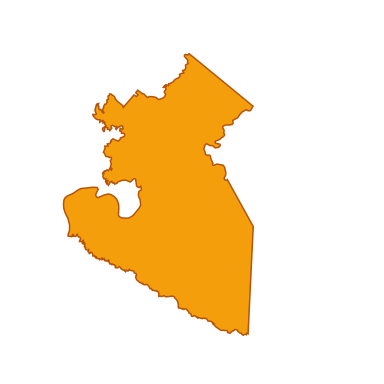 the district of Jesús Carranza, Veracruz, Mexico, rotated 216°
{"feature_id": "50627088B88561076881356", "entity_name": "Jesús Carranza", "entity_type": "district", "adm_level": 2, "iso_a3": "MEX", "parent_name": "Mexico", "parent_adm1": "Veracruz", "projection": "natural_earth1", "projection_center": [-94.861, 17.388], "detail": "fine", "context": "isolated", "style": "filled", "palette": "amber", "viewbox_px": 384, "rotation_deg": 216, "n_neighbors": 0, "source": "geoboundaries", "source_scale": "gbopen_adm2", "svg_char_len": 5958}
<svg xmlns="http://www.w3.org/2000/svg" viewBox="0 0 384 384"><g transform="rotate(216 192 192)"><path d="M275.6,302.2L275.9,300.4L278.2,299.3L278.6,298.2L277.8,297.2L273.0,296.2L271.9,294.3L270.8,293.9L270.6,293.5L271.8,291.5L271.7,290.6L270.0,288.8L269.6,287.0L269.9,285.9L271.1,285.0L271.0,284.5L268.9,283.8L268.5,283.3L270.2,281.8L271.1,280.2L271.1,279.5L269.7,279.0L270.2,275.9L271.0,275.1L272.1,272.0L271.9,270.4L273.5,266.7L274.4,266.3L274.5,265.6L273.8,265.1L273.5,264.2L275.6,263.7L274.8,262.2L275.3,261.5L276.4,262.8L276.7,262.2L276.7,259.8L275.3,260.8L274.0,260.4L273.5,259.8L273.3,256.6L270.7,255.5L270.2,253.1L270.7,251.0L273.1,247.4L274.0,247.1L276.4,247.4L279.7,246.1L282.6,244.2L283.7,242.2L288.6,243.0L289.3,242.5L295.8,242.4L295.9,239.2L292.8,238.9L292.7,238.2L293.2,236.5L296.0,236.4L297.3,220.0L298.9,221.2L306.0,221.6L308.8,222.3L310.9,223.6L315.2,223.6L316.3,222.9L315.7,222.0L316.3,220.1L314.1,217.8L314.9,216.6L314.7,215.7L313.7,215.4L313.2,212.5L314.2,211.7L313.7,208.9L312.9,208.1L313.1,207.3L312.1,205.3L310.0,204.6L309.9,203.9L311.0,203.7L314.5,205.2L314.9,204.4L316.1,204.4L317.8,206.6L318.9,206.3L319.6,208.7L320.8,206.9L318.6,201.1L315.2,198.8L316.0,197.5L317.8,196.7L317.8,196.3L316.3,195.4L312.2,194.6L310.5,195.2L308.9,196.4L307.6,194.2L306.4,197.3L306.1,197.5L304.6,195.5L304.0,197.1L303.6,197.3L302.5,195.6L300.4,195.0L301.8,191.2L301.4,190.2L299.0,189.1L298.6,189.4L298.8,190.1L300.5,193.1L298.1,194.4L297.3,193.0L295.5,194.1L294.5,193.4L294.4,196.6L295.6,196.8L296.3,198.3L295.4,199.3L292.8,199.4L291.6,200.7L291.0,200.0L290.9,198.1L290.1,198.0L289.8,201.4L287.9,204.4L286.6,204.3L284.9,202.8L285.2,201.8L287.6,201.4L286.4,198.9L284.5,199.6L283.7,198.1L281.5,199.4L280.5,199.2L279.4,197.3L281.7,193.6L281.1,192.7L281.7,189.7L287.3,188.5L287.8,186.2L287.7,185.3L286.9,185.3L287.1,182.9L288.8,181.1L287.0,179.9L289.5,177.8L288.0,176.3L287.0,172.0L285.8,171.9L282.5,170.1L280.1,171.6L279.2,171.2L277.8,172.5L277.2,172.3L276.6,171.6L276.4,169.1L273.7,167.1L272.7,164.1L270.4,163.8L270.0,162.3L272.4,162.7L272.3,160.1L273.7,160.0L273.6,159.4L274.3,158.7L274.2,157.9L275.1,157.7L275.4,157.1L274.5,155.7L275.1,155.8L275.5,155.1L274.8,154.8L274.8,154.0L273.9,153.6L272.8,151.6L271.1,151.5L271.0,151.0L269.6,152.0L269.4,151.2L268.2,151.0L268.1,149.6L267.4,149.3L266.9,150.5L267.4,150.7L267.2,151.8L266.6,151.7L266.7,149.7L265.9,149.6L266.1,148.7L265.0,148.3L264.8,149.0L263.6,148.5L263.8,151.2L264.3,151.8L263.0,153.4L262.4,152.7L261.1,152.8L261.1,153.5L260.4,153.6L259.1,152.9L257.8,155.1L258.2,155.5L257.3,157.7L256.7,158.1L255.9,159.8L252.5,162.7L248.0,163.7L247.6,164.2L247.0,168.4L246.1,169.1L245.0,169.1L240.2,164.1L237.5,164.4L236.8,166.6L234.2,164.0L235.3,161.5L234.1,158.7L232.4,156.8L229.6,155.4L225.8,151.2L225.3,147.9L225.8,138.9L226.3,137.2L227.5,134.4L228.6,133.1L233.4,129.8L235.7,129.4L237.8,129.8L241.2,135.2L243.8,138.6L246.9,140.9L249.2,142.0L252.1,142.6L256.3,142.2L258.6,141.2L261.0,138.4L264.9,132.0L266.6,132.1L268.3,132.9L269.5,139.1L271.4,139.9L274.6,137.9L283.8,129.6L285.3,126.8L287.6,120.6L290.5,115.5L291.3,112.9L290.9,110.2L288.5,106.2L286.0,103.3L282.5,100.7L276.6,97.5L271.6,93.3L268.4,88.7L267.5,85.3L266.4,83.5L262.9,85.2L262.7,85.8L263.4,86.5L263.5,87.6L262.8,87.7L261.7,86.7L260.1,87.6L259.8,88.7L260.2,90.0L259.9,90.4L258.9,89.5L257.2,89.0L256.1,89.5L254.9,88.8L254.3,88.0L254.5,86.9L253.9,85.8L253.4,86.5L252.0,86.7L251.5,87.3L251.8,88.3L251.5,88.9L251.1,88.2L249.9,87.7L250.3,87.5L250.5,86.1L249.5,86.0L248.9,87.3L248.3,87.4L247.9,86.0L247.1,85.6L246.9,84.5L246.1,84.3L245.2,85.0L245.7,84.0L244.3,83.0L242.1,83.8L241.8,84.5L241.0,82.6L239.9,82.8L239.0,81.8L238.6,82.1L238.5,83.4L238.2,83.2L237.9,83.9L236.7,84.1L234.4,81.9L233.7,83.0L232.5,83.1L232.5,82.5L231.6,82.4L231.4,83.3L230.8,83.1L230.4,82.0L227.6,83.6L226.9,83.1L226.8,83.8L225.9,84.4L226.0,85.5L225.2,85.0L224.7,85.6L224.6,85.1L223.9,86.5L222.6,85.2L222.4,85.8L221.5,85.4L220.7,86.3L220.1,86.1L219.5,87.9L218.9,87.7L218.7,86.8L218.4,87.1L217.1,85.9L216.3,86.0L216.0,85.5L214.7,86.4L214.3,86.2L214.2,86.8L213.2,86.7L212.2,87.5L211.0,87.1L210.5,87.5L209.7,85.8L209.2,85.9L207.7,86.8L206.7,89.1L203.7,88.1L201.7,88.4L200.8,89.2L199.9,88.5L199.4,88.8L199.1,89.7L198.9,89.3L198.8,90.1L197.3,90.4L197.2,92.5L196.4,92.1L192.6,93.8L191.3,92.6L189.2,93.2L187.8,91.8L188.2,91.4L187.3,89.8L185.3,88.5L181.0,88.1L179.0,88.5L178.4,89.1L177.6,88.6L176.1,88.8L174.1,90.7L171.5,90.4L168.9,89.1L168.4,89.9L166.2,89.2L165.9,89.8L164.4,90.0L162.5,91.3L162.1,90.9L160.9,91.4L159.7,90.9L157.4,88.0L156.6,89.1L155.0,89.6L153.9,91.5L151.4,91.9L146.4,96.5L144.7,96.8L143.2,96.0L141.0,95.8L137.8,93.9L137.6,93.3L136.6,92.9L136.1,91.4L135.3,90.8L134.5,90.8L134.4,90.4L133.5,91.1L130.8,91.7L130.9,92.1L129.7,92.2L129.8,92.5L128.1,94.0L125.9,93.3L124.9,93.5L123.4,92.4L122.7,92.7L120.6,92.3L119.3,91.2L118.4,91.6L118.0,92.6L116.7,93.7L113.5,93.3L113.6,94.2L112.8,94.0L112.6,94.4L109.3,95.5L108.8,96.7L105.7,98.0L103.2,97.0L100.1,98.8L98.2,97.9L97.6,98.7L97.1,98.6L97.0,97.4L95.5,97.6L93.9,96.9L87.5,97.1L82.2,100.4L81.2,100.3L80.7,99.3L80.1,99.3L78.2,100.2L77.6,103.6L76.8,104.0L76.7,105.7L76.3,106.1L74.1,106.9L72.8,106.1L70.0,106.2L69.0,106.8L68.1,106.2L66.4,106.2L66.2,107.0L64.7,108.7L64.3,108.6L64.6,110.0L63.2,110.1L122.2,200.1L170.7,222.8L171.4,221.4L172.9,221.0L174.3,222.5L174.6,225.1L175.6,227.1L180.0,231.1L182.4,232.0L188.3,229.3L190.2,226.2L191.0,226.0L191.7,226.4L192.0,227.6L196.2,229.9L198.2,231.9L199.7,232.1L201.6,230.5L203.1,230.4L205.8,232.7L207.8,233.6L209.1,238.2L208.6,239.6L204.5,240.2L202.7,241.6L199.3,241.2L196.7,243.7L196.4,246.1L197.5,247.1L201.6,245.3L202.9,246.4L202.6,247.5L200.4,250.8L199.9,253.7L199.1,255.3L199.1,257.0L199.7,257.8L201.1,258.4L201.8,260.2L203.0,261.3L204.7,261.8L205.6,263.3L204.4,265.8L200.6,268.6L199.1,270.7L199.2,271.9L201.1,273.9L198.7,278.8L198.8,283.2L198.4,286.5L196.4,290.5L194.6,290.6L192.9,291.7L192.6,292.9L193.0,297.3L275.6,302.2Z" fill="#f59e0b" stroke="#b45309" stroke-width="1.5"/></g></svg>